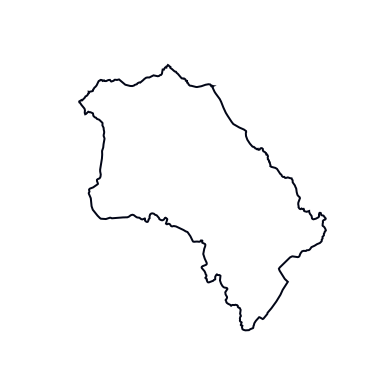 Ko Kha, Lampang, Thailand (Robinson projection), rotated 322°
{"feature_id": "78962969B17989923372642", "entity_name": "Ko Kha", "entity_type": "district", "adm_level": 2, "iso_a3": "THA", "parent_name": "Thailand", "parent_adm1": "Lampang", "projection": "robinson", "projection_center": [99.355, 18.138], "detail": "fine", "context": "isolated", "style": "outline", "palette": "ink", "viewbox_px": 384, "rotation_deg": 322, "n_neighbors": 0, "source": "geoboundaries", "source_scale": "gbopen_adm2", "svg_char_len": 6038}
<svg xmlns="http://www.w3.org/2000/svg" viewBox="0 0 384 384"><g transform="rotate(322 192 192)"><path d="M102.9,144.9L103.0,152.5L103.4,155.9L103.8,157.0L107.5,160.3L111.4,161.7L112.0,162.2L112.7,163.4L121.9,169.5L125.6,172.2L127.2,172.6L129.3,172.6L130.5,173.0L131.2,173.4L131.9,174.4L132.5,176.8L133.1,178.3L134.7,179.9L135.3,182.2L136.1,183.1L138.5,183.8L138.5,184.1L137.4,185.6L137.6,187.0L138.1,187.9L138.7,188.2L140.0,187.7L140.9,186.9L142.4,186.6L143.5,185.1L145.2,183.9L146.7,183.9L147.7,184.5L148.6,185.7L148.9,187.3L149.8,188.6L150.0,192.0L149.6,193.4L150.2,194.8L150.8,195.7L151.5,196.2L152.8,196.4L154.8,195.8L155.3,196.0L155.6,196.7L155.8,198.0L155.6,198.4L152.0,200.9L152.4,202.0L154.1,202.7L154.4,203.1L154.7,203.7L154.6,206.0L154.8,206.4L155.2,206.9L156.7,207.6L158.2,209.3L161.9,216.7L162.8,219.1L163.7,220.6L163.8,221.1L163.5,225.9L162.4,231.0L162.4,231.8L163.0,232.5L165.4,234.1L167.1,235.7L168.0,236.0L169.2,235.7L170.1,236.5L170.1,236.9L169.2,237.6L168.9,238.3L170.2,240.9L170.0,241.9L168.8,243.0L166.8,244.2L162.7,247.8L161.0,252.4L160.0,256.7L159.4,257.7L158.8,258.0L158.1,258.0L154.7,257.0L153.7,257.0L153.2,257.3L152.9,258.0L153.1,262.0L152.8,263.6L152.1,265.4L152.1,266.5L151.0,267.6L149.8,267.8L149.6,268.3L150.0,269.9L149.3,270.7L148.9,272.1L149.0,273.0L149.6,273.6L154.1,275.0L155.0,274.8L156.5,275.1L158.1,273.1L159.7,272.4L160.8,272.2L161.0,272.4L161.1,273.2L162.6,274.5L162.8,275.6L159.6,278.9L158.5,282.0L158.1,284.7L158.3,286.4L158.7,287.2L160.2,288.9L160.4,289.5L160.2,290.2L156.5,291.5L155.4,293.4L155.0,296.2L154.6,296.8L153.5,297.5L152.2,297.7L151.9,298.0L151.7,299.2L151.2,300.1L151.2,300.9L151.7,302.5L152.7,304.5L152.8,305.7L154.1,305.8L154.6,306.1L155.8,307.2L156.8,307.6L157.9,309.0L158.0,309.9L157.4,310.7L157.4,311.1L157.6,312.0L158.1,312.5L158.2,313.0L157.7,314.9L155.0,317.5L154.2,319.8L153.0,320.2L151.9,321.1L151.2,322.3L150.5,322.9L150.3,323.6L150.8,325.3L148.6,326.8L148.6,327.3L149.3,328.0L149.4,328.4L148.1,329.3L147.3,331.3L147.9,332.6L148.9,333.9L151.8,335.9L153.5,336.0L156.2,336.8L156.6,336.7L158.3,335.2L159.1,334.9L159.6,334.3L160.8,333.6L163.2,332.8L167.8,332.0L168.2,332.4L169.5,335.6L170.3,335.8L176.2,334.5L177.2,333.7L183.0,332.5L191.0,330.2L198.5,327.4L203.3,324.9L212.2,321.8L211.6,317.6L212.6,307.9L213.2,306.0L214.6,305.5L229.0,303.9L231.0,304.3L231.6,304.6L235.2,308.4L236.0,308.8L237.1,308.7L239.6,307.2L242.1,306.5L243.6,307.0L245.5,308.6L246.4,308.5L248.3,309.7L249.6,309.8L252.2,309.0L255.5,309.8L258.5,310.1L261.3,310.9L263.4,310.7L264.2,310.4L264.8,309.5L266.3,309.0L267.2,307.7L269.2,307.4L270.3,306.0L271.4,305.7L272.3,304.9L273.7,304.8L274.2,303.8L274.6,301.7L274.6,300.6L274.2,299.3L274.2,298.9L275.7,297.2L276.5,296.6L277.2,295.5L278.3,295.2L280.2,295.7L280.9,295.4L281.1,295.0L280.9,293.8L281.1,293.0L281.0,291.5L279.7,289.9L280.5,287.8L280.0,287.1L279.5,287.0L278.3,287.8L277.1,289.4L276.2,289.8L273.2,289.3L270.9,288.3L270.5,287.7L270.3,286.8L271.5,284.4L271.5,281.7L272.1,279.8L272.6,279.1L270.2,278.2L268.9,276.5L268.7,275.8L269.5,274.6L269.6,274.0L268.4,273.4L268.2,272.5L267.0,272.3L266.5,271.6L266.4,270.9L266.6,269.5L267.1,269.1L268.2,267.0L268.8,266.3L269.3,265.8L273.3,263.3L273.6,262.3L273.3,260.9L273.3,259.2L274.4,256.6L276.3,253.3L276.6,251.7L277.1,250.2L277.3,246.4L278.5,244.7L278.6,243.4L278.9,242.6L277.9,241.6L276.5,239.5L275.2,239.0L274.1,238.3L274.0,236.9L273.1,236.3L272.8,235.5L272.7,234.6L273.1,233.3L272.7,232.1L273.2,226.1L272.5,224.3L269.9,220.9L269.9,220.1L269.7,219.7L270.3,219.3L271.2,216.8L271.6,216.5L271.3,215.6L272.1,214.5L271.9,213.0L272.3,212.7L272.7,211.6L273.9,210.6L274.2,209.2L273.8,208.7L274.1,208.5L273.9,208.1L274.1,207.9L273.9,207.4L274.3,206.9L274.0,206.1L274.0,205.3L273.3,203.9L273.5,202.8L274.3,201.8L274.2,201.1L274.0,200.4L273.2,199.9L272.6,199.8L271.3,200.2L270.3,199.6L270.5,198.5L269.4,198.1L269.1,197.0L268.7,196.5L268.8,195.7L268.5,195.1L268.5,194.5L267.8,193.8L267.6,193.3L267.4,189.5L267.8,184.9L269.0,181.2L270.2,179.4L270.9,178.5L271.5,178.2L272.1,177.3L271.4,174.8L269.0,170.3L266.4,163.9L266.4,161.2L267.0,153.9L267.4,150.4L268.7,144.9L270.5,138.8L271.1,135.8L271.3,128.9L271.5,126.8L272.4,122.9L273.0,122.2L272.6,121.4L272.9,121.1L273.6,121.3L273.2,120.9L273.1,120.2L272.8,120.0L272.7,119.6L272.4,119.7L272.5,118.4L271.3,117.2L268.6,115.8L264.5,114.4L260.6,112.4L259.9,111.8L256.7,107.7L255.9,107.0L255.5,105.4L255.9,103.7L255.5,102.8L256.5,101.4L255.6,100.5L256.1,99.4L255.9,98.3L255.7,97.8L255.1,97.6L254.9,96.9L254.1,96.5L253.8,95.5L253.6,90.1L253.2,88.6L253.4,87.6L253.3,87.2L252.8,86.8L252.4,85.6L251.9,82.7L251.4,81.1L251.4,80.6L252.0,80.1L251.5,78.8L251.5,77.9L251.2,77.1L249.6,77.6L249.1,77.4L248.4,78.1L247.9,77.4L247.2,77.4L245.2,78.2L245.0,77.8L244.3,77.4L241.1,80.3L239.8,80.7L239.1,80.3L237.3,80.2L236.3,79.7L233.5,76.4L228.9,75.5L227.2,74.2L226.2,73.7L224.2,73.6L222.1,73.8L218.5,73.9L218.0,73.2L216.0,72.8L214.9,73.1L212.7,72.3L211.8,72.4L210.1,71.7L208.5,70.3L205.5,66.4L203.8,58.4L201.8,57.5L201.0,56.6L200.0,55.9L198.7,56.1L196.5,55.3L196.3,55.0L196.3,53.1L195.0,52.3L192.6,51.7L191.2,50.5L191.3,49.8L189.9,49.4L189.9,48.2L188.8,47.3L187.9,47.5L187.2,47.2L186.6,47.2L182.4,49.3L180.5,49.7L179.3,49.7L178.3,50.2L177.1,50.4L176.5,51.1L175.9,51.3L172.7,49.9L172.3,49.4L171.5,50.7L170.7,50.5L169.9,51.1L168.1,51.4L167.0,51.1L165.4,51.7L162.1,52.1L161.7,52.1L161.6,51.5L158.9,51.2L158.4,52.1L158.7,52.9L158.5,55.3L158.6,60.1L158.0,61.6L156.2,63.6L155.7,65.0L156.3,65.2L159.7,64.9L160.5,66.2L161.1,66.6L162.3,68.9L162.3,69.2L161.2,71.2L161.3,72.7L161.6,73.7L162.1,74.4L162.1,75.8L163.4,78.0L164.0,82.3L163.7,82.9L162.4,84.4L161.9,86.9L160.8,88.6L160.1,90.1L159.2,91.3L157.6,92.6L156.9,93.4L156.1,95.8L155.7,96.3L151.7,99.9L149.4,102.3L146.4,104.3L144.2,107.3L141.6,110.2L133.4,117.8L132.2,119.4L130.9,122.0L129.4,123.5L128.6,124.0L127.5,124.3L125.5,123.8L124.6,123.9L123.9,124.8L123.1,127.4L122.6,127.8L116.9,127.5L113.7,126.5L113.0,126.5L112.2,126.9L111.4,128.6L110.1,129.2L109.7,129.7L108.4,134.6L104.1,141.4L102.9,144.9Z" fill="none" stroke="#020617" stroke-width="2"/></g></svg>